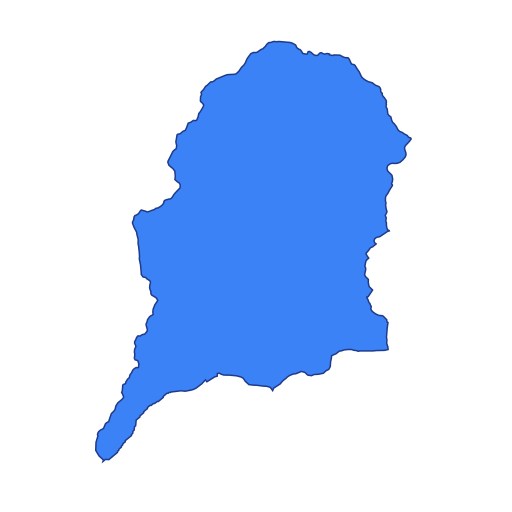 Sakteng, Tashigang, Bhutan, rotated 94°
{"feature_id": "84629894B26708825657570", "entity_name": "Sakteng", "entity_type": "district", "adm_level": 2, "iso_a3": "BTN", "parent_name": "Bhutan", "parent_adm1": "Tashigang", "projection": "mercator", "projection_center": [91.93, 27.381], "detail": "fine", "context": "isolated", "style": "filled", "palette": "blue", "viewbox_px": 512, "rotation_deg": 94, "n_neighbors": 0, "source": "geoboundaries", "source_scale": "gbopen_adm2", "svg_char_len": 6072}
<svg xmlns="http://www.w3.org/2000/svg" viewBox="0 0 512 512"><g transform="rotate(94 256 256)"><path d="M471.6,394.3L469.4,392.0L469.4,388.6L461.6,380.5L460.5,380.5L459.4,379.3L458.3,379.3L456.1,377.0L454.9,377.0L453.8,375.8L452.7,375.8L450.5,373.5L449.3,373.5L443.8,367.7L442.7,367.7L441.5,366.6L439.3,366.5L438.2,365.4L434.8,365.3L433.7,364.2L428.0,364.1L424.7,360.6L423.6,360.6L420.2,357.1L419.1,357.1L415.8,353.7L414.6,353.6L412.4,351.3L412.4,350.2L410.2,347.9L410.2,346.8L408.0,344.4L408.0,343.3L403.6,338.7L402.5,338.7L399.1,335.2L399.1,334.1L398.0,332.9L398.1,331.8L397.6,331.3L395.7,321.5L395.8,317.1L394.4,311.7L393.5,309.2L392.2,306.8L387.3,301.2L383.1,297.8L384.9,296.2L379.4,288.7L378.7,286.4L375.9,286.3L375.4,284.7L376.4,282.3L377.0,279.8L376.7,274.2L376.9,266.8L377.8,262.3L378.8,260.3L379.8,259.4L381.6,258.1L384.8,254.1L385.0,249.6L384.9,246.1L385.3,239.1L385.2,236.4L386.0,232.6L389.1,230.0L386.6,229.2L381.8,222.8L379.3,221.1L378.0,219.9L376.0,217.6L374.2,216.0L372.6,213.7L371.0,210.3L370.7,208.1L368.0,202.6L368.7,199.1L371.2,196.1L371.5,192.3L370.2,189.9L369.6,185.4L368.3,180.7L365.1,177.6L364.9,176.8L363.9,175.4L361.1,174.2L356.2,174.2L352.8,173.7L350.1,173.6L347.9,169.3L344.9,166.0L344.8,164.6L343.5,161.3L342.9,158.1L342.6,154.4L343.2,151.9L343.4,148.9L343.9,147.6L343.4,145.2L342.6,133.3L341.9,129.0L341.2,121.4L340.1,117.7L337.5,118.1L334.2,119.5L330.1,119.6L328.0,120.2L318.7,120.1L313.1,119.7L312.5,120.9L310.5,121.1L307.2,124.8L306.7,126.0L306.7,129.1L306.3,130.4L305.4,132.6L304.2,134.7L303.0,136.3L300.8,137.9L299.2,137.5L298.1,137.6L296.9,138.5L295.5,139.0L294.3,140.3L292.6,140.8L289.4,142.7L288.8,142.1L288.9,141.6L288.6,141.2L281.8,137.3L278.9,140.7L277.9,141.3L274.7,142.1L271.5,142.3L268.7,145.5L267.3,146.2L266.6,146.3L261.7,145.6L260.0,145.9L258.7,146.7L254.0,146.1L253.2,145.9L252.0,145.1L250.3,143.4L249.9,143.6L248.6,144.9L246.1,146.4L245.5,146.3L242.9,144.3L240.2,142.7L239.7,142.2L238.5,140.0L236.6,138.2L236.3,137.5L235.5,137.0L234.5,138.5L233.4,139.1L232.8,139.3L230.9,138.9L230.3,138.5L229.5,137.7L228.8,136.5L228.1,133.9L222.1,126.2L221.7,124.8L221.3,125.0L221.0,125.9L220.3,126.6L219.3,127.3L216.6,128.0L213.8,128.2L212.1,129.0L208.8,128.7L206.9,129.8L206.3,129.8L202.8,128.4L200.0,129.4L196.1,130.3L194.3,130.0L192.1,130.7L189.1,130.9L187.1,130.6L184.4,128.9L180.2,127.0L176.3,124.9L175.5,124.9L174.9,125.6L174.3,125.8L172.5,125.2L169.8,125.0L166.3,125.9L165.7,126.3L162.8,129.7L161.8,130.7L159.6,131.4L158.7,131.4L157.2,131.1L156.5,130.7L154.8,128.8L154.0,126.7L154.0,123.8L153.6,121.4L152.5,118.9L149.9,116.3L146.9,114.1L144.7,113.4L142.6,113.7L139.2,115.1L137.2,115.4L135.3,114.5L130.9,110.9L128.4,109.4L127.6,109.8L127.2,110.6L127.0,111.8L126.4,112.6L125.3,113.4L125.0,114.0L124.0,116.4L122.5,118.8L121.8,121.2L121.2,122.1L120.0,123.3L117.0,125.1L114.6,127.2L113.2,128.9L111.4,130.0L107.8,131.2L106.5,133.2L105.1,134.4L100.1,135.4L98.2,136.7L95.6,136.5L94.5,136.9L93.8,136.6L92.1,136.8L89.4,138.8L87.4,140.8L85.9,141.4L84.9,141.4L83.5,143.0L80.8,143.3L79.3,144.2L78.4,145.2L77.3,148.8L75.1,152.1L74.2,156.3L72.8,159.4L70.7,162.5L69.1,163.7L65.2,165.8L62.5,168.0L59.1,170.4L58.3,171.4L57.9,173.9L56.9,174.7L53.0,176.8L51.8,178.1L51.9,180.6L51.7,181.7L51.3,183.1L49.8,186.3L50.0,192.3L50.6,193.2L50.3,196.4L50.1,196.9L49.4,196.8L49.1,198.3L49.1,199.5L49.8,201.5L49.8,202.3L48.6,205.2L49.2,206.6L51.5,208.5L51.8,210.0L51.4,212.0L50.3,213.7L49.0,215.3L48.2,217.2L48.5,218.2L50.9,219.0L51.1,220.0L50.9,222.1L50.6,223.6L48.4,225.0L47.3,226.1L47.0,226.5L46.8,227.6L46.2,228.4L46.2,228.9L45.0,230.0L42.7,231.2L41.0,235.0L40.6,237.1L40.4,248.0L40.8,250.5L40.7,253.1L41.9,256.1L42.3,258.3L44.3,260.2L46.0,261.1L48.9,263.7L49.5,265.2L52.6,269.0L53.1,270.6L53.1,272.5L54.4,275.2L57.6,277.3L60.2,278.8L64.3,280.2L66.5,281.5L68.6,283.5L72.9,286.0L75.5,288.4L75.9,289.0L76.3,290.8L77.0,296.6L77.6,298.6L82.3,308.1L83.7,309.4L85.1,311.1L85.6,313.5L88.9,316.4L90.3,318.1L94.0,320.2L95.4,321.5L96.7,322.3L97.7,321.8L99.0,321.7L101.0,322.4L105.1,322.3L105.9,321.9L107.3,320.0L109.0,318.7L110.8,319.1L115.7,321.5L117.8,323.0L121.3,323.5L124.5,324.6L125.2,325.6L125.1,327.9L127.0,330.2L128.2,332.9L133.4,334.4L135.7,335.4L136.6,337.4L139.4,340.3L139.9,342.4L140.6,343.2L147.7,343.9L151.6,342.8L154.6,343.1L155.7,344.6L157.5,346.2L167.6,350.4L168.6,350.5L171.4,349.3L173.4,346.8L174.4,345.2L177.0,342.9L181.9,342.1L185.5,342.2L187.8,339.1L188.5,337.7L190.1,336.6L193.3,336.5L198.6,340.9L200.8,342.4L203.8,344.0L205.1,345.5L205.2,346.7L206.6,350.5L207.7,351.6L209.3,351.7L211.3,352.7L213.3,354.8L215.0,357.4L215.4,359.2L216.9,360.9L217.8,363.3L218.5,364.5L219.7,367.6L219.1,369.0L218.1,373.6L219.2,374.6L221.9,376.1L223.6,378.3L224.0,379.5L225.3,380.3L228.9,380.7L230.5,381.5L231.8,381.5L235.8,379.7L240.5,376.8L243.5,376.1L247.6,374.7L251.9,374.5L254.5,373.8L259.9,372.8L264.2,372.2L267.1,372.2L272.8,370.6L280.8,369.3L282.4,369.2L284.8,367.2L285.2,364.4L286.5,363.1L288.1,360.1L289.9,359.4L292.6,359.9L295.1,359.9L297.0,359.3L298.8,358.4L301.0,358.2L302.2,357.4L304.7,352.6L307.2,350.9L311.7,353.5L316.2,354.9L319.1,355.0L321.4,354.5L322.1,355.2L322.7,356.3L324.0,357.9L327.2,359.8L329.3,360.1L331.4,360.9L332.6,360.8L336.9,359.3L338.7,359.4L341.8,361.7L342.0,363.0L342.6,364.3L343.2,365.2L343.8,365.6L344.0,368.2L344.3,368.6L345.9,369.5L348.2,370.2L349.8,371.1L351.5,371.0L353.5,369.9L354.7,369.6L355.8,369.8L357.3,370.5L358.5,370.6L360.7,370.6L361.5,370.2L364.6,370.0L365.6,370.3L366.7,370.1L368.0,369.4L368.3,367.7L369.1,366.3L370.9,365.8L371.8,365.3L375.4,365.5L375.7,366.3L375.6,367.8L377.1,369.8L378.5,371.0L381.2,372.0L383.1,373.3L384.5,373.7L386.0,373.8L387.8,375.5L391.1,377.2L392.3,377.2L392.6,377.5L393.4,379.4L394.1,379.9L399.9,380.0L401.6,380.5L402.6,379.7L405.6,378.3L406.3,378.3L407.5,378.9L409.0,380.3L412.0,383.5L415.3,385.3L419.0,385.9L420.6,386.9L423.3,389.3L429.6,391.0L431.4,391.3L432.4,392.9L433.7,394.4L438.7,396.1L440.6,399.1L442.0,400.5L442.7,401.0L443.8,401.4L445.3,401.7L446.3,401.1L453.0,402.6L461.1,402.3L466.4,398.6L470.1,394.0L471.6,394.3Z" fill="#3b82f6" stroke="#1e3a8a" stroke-width="1.5"/></g></svg>